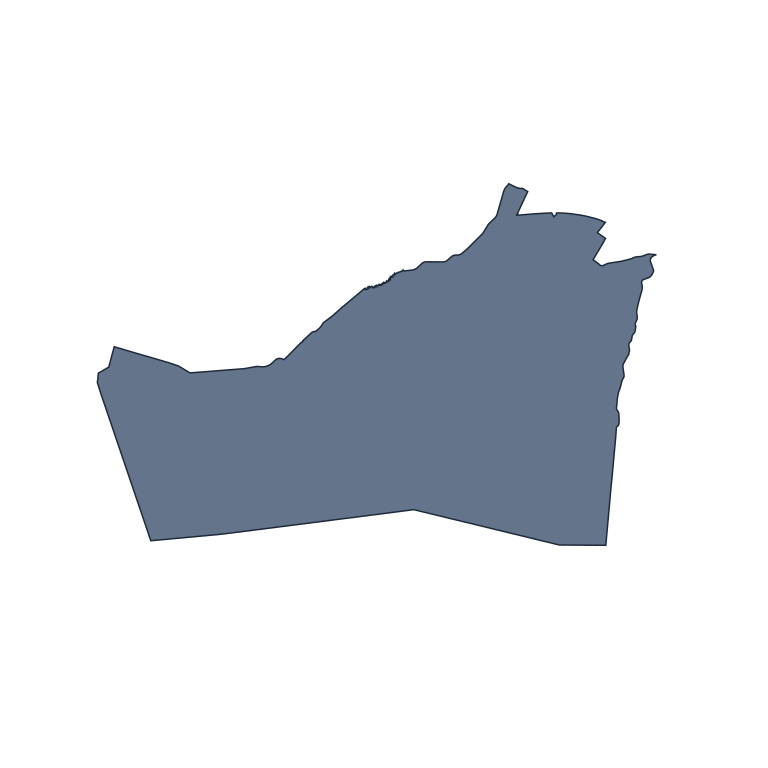 outline of Deurne, Noord-Brabant, Netherlands, rotated 113°
{"feature_id": "6326949B59687324731711", "entity_name": "Deurne", "entity_type": "district", "adm_level": 2, "iso_a3": "NLD", "parent_name": "Netherlands", "parent_adm1": "Noord-Brabant", "projection": "orthographic", "projection_center": [5.787, 51.428], "detail": "fine", "context": "isolated", "style": "filled", "palette": "slate", "viewbox_px": 768, "rotation_deg": 113, "n_neighbors": 0, "source": "geoboundaries", "source_scale": "gbopen_adm2", "svg_char_len": 5763}
<svg xmlns="http://www.w3.org/2000/svg" viewBox="0 0 768 768"><g transform="rotate(113 384 384)"><path d="M485.5,651.2L494.7,648.4L503.8,640.6L619.4,537.4L585.2,473.9L528.6,376.9L495.2,319.7L488.3,308.0L488.0,307.2L487.8,306.1L463.7,159.7L445.8,116.8L389.3,135.0L381.7,137.3L362.8,143.4L342.5,149.9L333.4,153.0L332.6,153.1L331.9,152.8L331.3,152.4L330.0,152.0L328.3,152.3L323.8,154.1L318.9,156.7L318.2,157.2L317.7,157.9L317.0,159.2L316.1,160.2L315.0,160.7L311.6,161.7L306.8,163.4L300.8,164.7L299.8,164.9L296.0,165.0L287.9,166.2L287.1,166.2L284.3,165.9L283.2,166.0L282.4,166.3L274.6,170.9L273.3,171.4L272.2,171.5L263.6,170.7L261.2,170.2L260.2,170.6L257.9,170.9L257.3,171.0L256.4,171.5L253.1,173.6L252.1,174.0L251.6,174.1L250.5,174.2L249.8,174.0L247.9,173.4L247.3,173.3L246.6,173.4L242.4,174.4L241.6,174.3L238.9,173.5L238.1,173.4L237.5,173.5L233.7,174.4L232.9,174.6L232.5,174.8L230.8,176.2L230.0,176.4L225.8,176.3L224.9,176.4L222.3,177.6L220.8,178.6L219.3,179.5L216.5,180.3L212.7,181.0L211.8,181.2L204.2,182.3L197.4,183.1L196.0,183.4L194.4,183.9L193.1,184.5L192.3,184.9L190.5,186.3L189.6,186.7L189.1,186.8L187.9,186.7L187.0,186.4L186.6,186.0L186.2,185.7L183.2,182.4L182.3,181.5L180.8,180.7L178.9,180.1L177.8,180.0L175.5,179.9L174.8,180.0L173.8,180.4L172.7,181.4L169.0,184.9L167.4,186.4L166.7,186.9L165.8,187.3L165.5,187.4L164.5,187.5L163.8,187.5L162.9,187.3L162.2,187.0L160.0,185.5L159.7,185.1L158.6,183.8L159.0,185.2L160.7,190.4L161.0,191.1L161.3,191.7L162.2,192.8L165.5,196.3L166.3,197.4L168.0,200.8L168.9,202.2L169.9,203.4L171.7,205.0L172.6,206.0L177.8,212.8L178.5,213.8L185.0,224.3L185.9,225.5L189.5,228.8L189.8,229.3L190.1,229.8L190.2,230.4L190.2,231.0L190.1,231.6L188.4,237.6L188.1,239.2L187.8,240.1L180.6,239.1L180.0,239.1L179.3,239.0L178.7,238.8L166.3,237.2L165.7,237.3L163.5,236.9L161.3,246.7L157.4,245.7L154.3,244.8L151.2,244.1L148.7,243.4L148.8,244.4L149.0,247.2L148.6,247.2L148.9,252.5L149.3,255.6L150.3,261.8L150.8,264.9L151.2,266.5L151.5,268.0L152.2,271.1L153.7,276.4L153.8,277.2L154.3,278.7L155.1,281.4L157.2,287.3L159.1,292.0L160.7,291.6L163.7,293.1L161.0,296.5L162.8,300.4L168.4,311.7L172.8,320.1L174.3,322.9L176.7,327.6L175.0,327.5L175.2,327.8L150.7,326.9L149.8,332.9L150.6,334.7L150.9,335.7L151.1,336.7L151.3,338.6L151.3,340.4L151.0,346.1L151.0,347.1L150.9,347.1L150.9,347.4L152.5,347.7L155.3,348.7L156.6,349.0L158.6,349.2L159.8,349.1L183.8,346.2L185.5,346.2L186.7,346.4L187.9,346.8L194.7,349.8L196.2,350.3L205.3,351.7L207.4,352.2L226.4,359.9L233.2,363.2L234.4,364.0L234.9,364.4L235.9,365.5L236.5,366.4L237.3,368.4L237.7,369.2L238.7,370.4L239.1,370.8L240.1,371.5L240.8,371.9L245.8,374.2L247.0,375.1L247.9,376.2L248.7,377.6L255.1,393.1L255.8,394.2L256.3,394.9L257.6,395.9L258.2,396.2L264.8,399.2L265.6,399.8L266.6,400.7L267.8,402.1L272.0,409.5L272.0,409.8L272.0,410.3L271.5,411.0L272.3,411.1L272.8,411.4L273.1,411.6L273.2,411.9L273.7,412.2L274.1,412.8L274.7,413.0L274.8,413.2L274.9,413.5L275.3,414.3L276.6,414.8L276.8,415.1L276.8,415.3L276.8,415.7L277.7,416.1L278.0,416.6L278.0,416.9L278.0,417.2L277.8,417.4L277.8,417.6L278.4,417.5L278.7,417.3L278.9,416.9L279.2,416.7L279.4,416.8L279.3,417.0L279.1,417.3L279.9,418.1L279.9,418.3L280.1,418.3L280.2,418.2L280.2,417.9L280.4,417.8L280.8,417.7L281.3,417.8L281.5,418.0L281.6,418.6L281.8,418.6L282.0,418.3L282.1,418.2L282.1,418.3L282.2,418.6L281.9,419.0L282.0,419.2L282.3,419.4L282.5,419.6L282.5,419.8L282.8,419.6L282.8,419.2L283.1,419.2L283.2,419.8L283.4,420.0L283.5,420.0L284.1,419.3L284.3,419.4L284.3,419.6L284.2,419.9L284.2,420.0L284.3,420.1L284.8,419.7L284.7,419.1L284.8,419.0L285.0,419.1L285.8,419.0L285.7,420.0L285.6,420.6L285.9,420.6L286.0,419.9L286.3,420.0L286.2,420.3L286.4,420.3L286.7,420.2L286.9,419.7L287.4,419.7L287.7,419.9L288.0,420.6L288.2,421.0L287.9,421.3L287.9,421.8L288.1,421.9L288.3,421.8L288.6,421.1L288.8,421.0L289.2,421.2L289.3,421.7L289.5,421.8L290.4,422.0L290.5,422.1L290.1,422.5L290.0,422.8L290.3,423.0L290.4,422.9L290.5,422.6L290.8,422.5L290.9,422.9L291.2,423.2L291.2,423.4L291.0,423.6L290.7,424.3L291.1,424.4L291.3,424.2L291.5,424.0L291.7,423.8L291.9,423.9L292.0,424.4L292.2,424.6L292.7,424.3L293.1,424.3L293.2,424.5L293.0,424.9L292.8,425.1L292.8,425.3L293.0,425.4L293.5,425.5L294.1,425.3L294.5,425.4L294.8,425.9L294.7,426.0L294.0,426.0L293.9,426.2L294.4,426.7L294.4,426.9L294.2,427.3L294.2,427.5L294.3,427.6L294.9,427.7L295.0,427.5L295.0,427.3L295.1,427.2L295.6,427.4L295.6,427.5L295.4,428.0L296.2,428.9L296.0,429.5L296.3,429.7L296.7,429.2L297.2,428.9L297.4,428.8L297.5,429.2L297.2,430.4L297.3,430.6L297.5,430.6L297.7,430.0L297.8,430.0L298.0,430.2L298.1,431.1L298.3,431.1L298.4,430.9L298.7,430.2L298.9,430.2L299.4,431.3L299.8,431.7L299.6,432.2L299.4,432.3L299.1,432.5L298.8,433.0L298.8,433.3L300.0,434.4L300.7,434.3L300.8,434.4L301.0,434.8L300.8,435.2L300.7,435.3L300.4,435.0L299.8,435.5L300.2,436.0L300.7,435.8L300.8,436.1L301.0,436.7L301.2,436.8L301.2,436.7L301.3,435.9L302.0,435.8L302.0,436.7L302.1,436.8L302.3,436.7L302.7,436.3L303.5,436.7L303.6,436.9L303.8,437.2L303.8,437.4L304.3,437.7L304.4,437.9L304.2,438.0L303.8,438.0L304.1,438.5L303.4,438.7L303.3,438.8L303.8,439.1L303.9,439.4L309.0,441.9L327.2,451.2L328.1,451.5L328.3,451.8L329.2,452.3L339.9,457.3L339.9,457.2L351.6,463.9L356.3,464.6L361.6,467.1L362.2,467.6L364.2,470.3L365.0,470.7L372.0,473.9L376.1,475.7L376.4,475.7L376.5,475.4L378.2,476.1L378.2,476.5L400.6,485.4L400.7,488.0L400.7,488.6L401.0,489.5L401.1,490.0L401.6,490.9L402.1,491.6L402.5,492.0L403.1,492.7L403.9,493.2L405.2,493.8L408.5,495.2L409.4,495.7L410.7,496.4L411.9,497.4L412.9,498.3L414.0,499.6L414.7,500.7L415.5,502.1L415.9,503.0L416.9,506.4L417.6,508.1L424.4,518.5L449.6,567.0L447.7,580.1L448.5,590.5L450.9,611.0L453.1,629.3L455.1,646.9L475.2,644.1L475.9,643.9L484.7,650.5L485.5,651.2Z" fill="#64748b" stroke="#1e293b" stroke-width="1.5"/></g></svg>